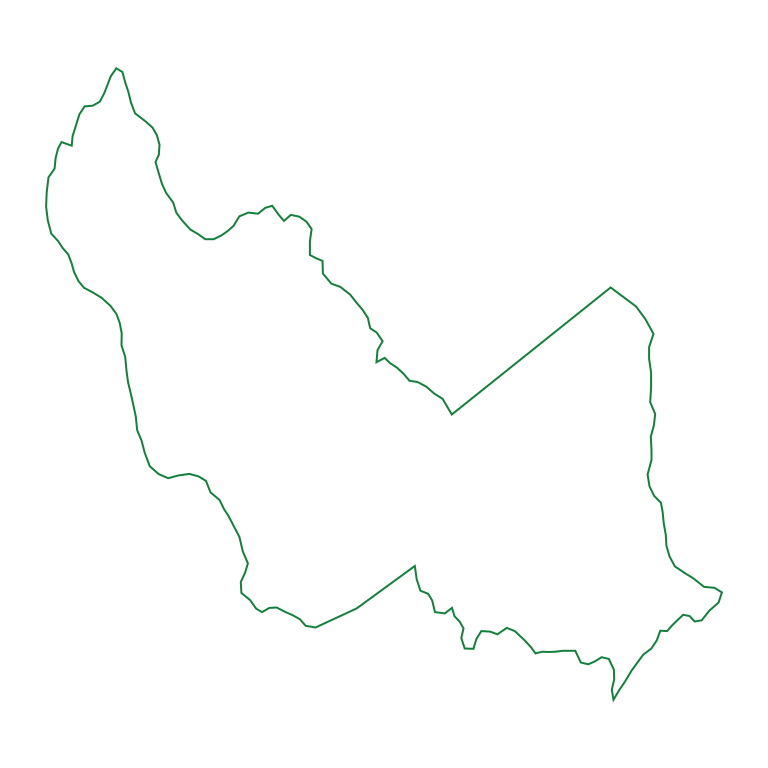 the district of Rio Fortuna, Santa Catarina, Brazil
{"feature_id": "56859067B10266050970053", "entity_name": "Rio Fortuna", "entity_type": "district", "adm_level": 2, "iso_a3": "BRA", "parent_name": "Brazil", "parent_adm1": "Santa Catarina", "projection": "equal_earth", "projection_center": [-49.197, -28.079], "detail": "fine", "context": "isolated", "style": "outline", "palette": "green", "viewbox_px": 768, "rotation_deg": 0, "n_neighbors": 0, "source": "geoboundaries", "source_scale": "gbopen_adm2", "svg_char_len": 2700}
<svg xmlns="http://www.w3.org/2000/svg" viewBox="0 0 768 768"><path d="M721.9,592.4L714.5,587.8L704.1,586.9L693.4,578.4L684.5,572.9L674.9,566.4L669.5,556.4L666.4,545.6L665.8,535.0L663.7,522.9L662.6,511.7L660.9,502.7L654.2,495.9L649.5,486.4L647.6,474.5L651.5,459.9L651.5,449.8L650.8,436.7L653.9,425.3L655.2,414.0L650.2,402.1L651.1,387.2L651.1,372.6L649.1,359.0L649.1,347.1L653.5,333.8L645.4,319.2L636.1,306.5L610.6,287.5L451.8,414.5L442.6,398.9L434.0,393.4L426.3,386.7L417.6,382.0L409.5,380.8L403.7,373.9L396.8,367.5L390.0,363.1L384.6,357.9L376.5,362.2L377.5,350.1L382.6,341.2L376.7,332.5L370.2,328.3L367.8,317.8L362.5,309.7L356.7,302.9L350.2,294.6L340.3,286.9L331.4,283.7L322.9,273.6L322.5,260.9L316.0,258.2L309.9,255.0L309.9,241.3L311.6,229.1L306.6,221.8L299.4,216.7L290.8,214.9L284.0,220.9L278.8,214.9L272.2,205.8L265.3,207.8L258.1,213.7L248.3,212.6L239.4,216.3L233.5,225.9L227.8,230.9L221.3,235.5L213.7,239.2L205.2,239.2L198.1,234.1L190.4,229.6L181.7,220.0L176.3,212.6L173.2,202.6L166.0,192.7L162.0,184.0L158.6,172.7L155.5,162.0L158.8,154.9L159.5,144.8L156.9,135.2L152.5,127.6L145.3,121.2L135.1,113.4L130.9,102.4L128.5,92.4L125.1,82.0L122.4,72.0L116.3,68.3L110.7,76.4L107.4,85.1L104.2,93.3L99.8,101.7L92.7,105.7L84.6,106.4L79.4,114.3L75.9,125.6L72.6,136.1L71.7,145.7L61.5,142.1L57.9,148.9L55.6,158.1L54.6,168.6L48.5,177.3L46.7,192.2L46.1,206.7L47.8,220.4L51.3,233.7L58.3,241.3L62.4,247.7L68.3,254.5L71.6,263.3L74.0,271.9L78.5,281.1L84.0,287.8L92.7,292.4L101.6,297.8L110.5,305.9L116.4,313.9L119.7,322.8L121.7,333.4L121.5,345.3L125.2,357.0L126.5,370.7L128.0,382.0L130.8,393.6L133.4,405.3L135.8,416.6L137.2,430.3L141.5,440.4L144.7,452.7L149.8,466.3L158.7,474.1L168.1,478.2L178.7,475.4L189.4,473.9L198.5,476.4L206.0,480.9L210.5,492.4L219.6,500.0L224.0,509.1L228.5,516.0L234.4,527.3L239.4,536.9L242.9,551.8L247.9,563.3L245.1,572.7L240.8,582.0L241.4,593.0L250.1,600.1L256.2,608.7L262.0,612.1L269.4,607.9L276.6,607.5L285.1,611.9L292.5,615.1L300.1,619.4L305.6,625.8L315.5,627.5L356.7,608.4L414.8,566.0L416.7,579.3L420.4,590.7L428.2,593.8L432.2,600.6L435.0,612.1L444.8,613.4L452.0,607.9L454.5,616.2L459.6,621.5L463.5,628.4L461.3,638.0L464.7,648.5L473.5,648.8L476.3,639.2L481.3,631.1L490.2,631.6L497.4,634.3L506.8,627.9L514.8,631.1L524.6,640.3L531.1,647.4L535.5,653.4L542.3,651.7L548.9,652.0L555.5,651.7L562.8,650.8L575.3,650.8L580.8,662.5L588.3,664.3L595.2,661.2L601.6,657.2L608.8,658.9L613.9,669.7L614.2,679.3L611.8,689.8L613.5,699.7L619.4,689.8L624.7,682.0L631.6,670.6L638.1,661.6L643.2,654.7L651.4,648.5L656.8,640.3L660.3,630.7L667.1,631.1L671.9,625.6L677.3,620.3L683.1,614.8L689.5,616.0L694.7,621.5L701.7,620.3L709.3,610.7L718.6,602.5L721.9,592.4Z" fill="none" stroke="#15803d" stroke-width="2"/></svg>